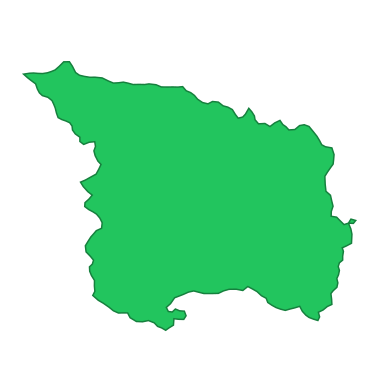 the district of Taquaraçu de Minas, Minas Gerais, Brazil, rotated 267°
{"feature_id": "56859067B12117567262809", "entity_name": "Taquaraçu de Minas", "entity_type": "district", "adm_level": 2, "iso_a3": "BRA", "parent_name": "Brazil", "parent_adm1": "Minas Gerais", "projection": "orthographic", "projection_center": [-43.685, -19.629], "detail": "fine", "context": "isolated", "style": "filled", "palette": "green", "viewbox_px": 384, "rotation_deg": 267, "n_neighbors": 0, "source": "geoboundaries", "source_scale": "gbopen_adm2", "svg_char_len": 2856}
<svg xmlns="http://www.w3.org/2000/svg" viewBox="0 0 384 384"><g transform="rotate(267 192 192)"><path d="M258.9,283.6L256.7,278.3L253.3,273.3L256.6,268.4L256.6,262.0L260.9,258.7L264.7,258.3L269.0,255.9L272.6,253.1L266.9,249.4L264.2,246.6L263.3,242.0L267.1,239.4L272.2,236.6L274.9,232.2L276.4,227.6L280.4,223.0L281.3,217.2L279.2,212.6L280.8,207.2L284.4,202.4L288.3,199.5L291.3,195.9L293.4,191.5L297.7,188.2L297.5,183.4L297.9,178.4L298.1,173.2L298.5,166.9L301.0,161.7L302.2,154.7L301.8,150.3L302.2,145.0L302.4,138.8L304.0,134.0L305.3,129.2L304.9,124.2L304.9,119.2L307.3,114.2L310.6,108.3L311.7,101.2L311.9,96.0L313.1,90.5L314.5,85.7L317.4,82.0L323.7,79.2L328.5,76.4L328.7,70.7L324.2,65.7L321.0,61.6L319.7,57.9L318.6,53.9L318.1,49.0L318.5,44.4L319.1,40.0L319.1,35.9L318.5,30.0L314.8,33.7L311.9,37.0L308.2,41.5L302.9,43.0L299.0,44.8L296.1,47.6L294.1,53.1L290.6,57.0L286.9,58.5L283.1,59.8L277.9,60.8L273.3,62.2L271.2,65.7L269.6,69.6L267.6,73.5L264.1,75.7L260.2,75.9L256.1,78.5L252.6,82.9L248.3,82.7L245.2,86.3L247.1,92.0L247.3,97.5L242.5,98.0L238.2,96.2L233.3,97.2L227.7,99.7L224.3,102.6L220.0,100.3L214.9,97.2L212.0,91.2L209.5,86.1L207.7,81.2L203.1,83.7L197.8,88.0L194.1,92.2L190.3,88.7L187.0,84.6L183.1,84.1L179.9,87.9L177.3,92.2L174.9,95.5L170.8,98.6L166.0,100.7L160.5,99.8L158.4,94.4L155.3,91.5L152.5,88.7L148.6,85.9L143.9,82.7L137.7,83.1L133.4,86.9L129.1,90.1L125.2,88.7L122.6,85.7L118.2,85.7L113.9,87.2L108.8,90.0L103.3,89.6L97.9,89.8L93.9,87.5L88.8,92.7L85.5,97.7L81.3,103.1L77.5,107.3L75.0,112.2L74.9,116.6L74.6,121.4L69.7,123.6L65.6,129.7L65.0,135.8L65.9,141.8L63.3,147.5L59.6,150.6L57.9,154.5L55.3,158.5L57.5,161.9L60.0,166.5L66.4,167.3L65.6,172.0L65.2,177.1L68.7,179.6L73.4,178.1L74.0,173.4L76.0,169.3L73.2,166.0L73.9,162.1L78.1,160.3L81.6,164.7L87.3,169.1L88.9,174.1L90.2,178.0L92.2,183.2L93.1,188.6L91.7,193.0L90.0,198.5L89.6,205.6L89.4,213.0L91.6,218.3L92.9,223.9L92.6,231.1L91.0,237.6L94.7,242.8L92.0,247.3L89.1,251.8L84.8,255.9L82.0,260.5L77.7,261.9L74.7,265.9L72.2,269.9L70.4,274.2L68.9,279.0L70.0,283.7L70.9,288.4L72.2,293.6L67.0,296.0L63.0,299.3L60.6,302.3L58.7,306.6L57.1,311.0L60.6,312.9L65.3,311.9L67.3,316.7L70.6,321.2L72.4,325.8L77.5,325.8L83.3,325.4L86.1,327.9L89.2,331.7L93.6,332.9L98.0,332.1L101.7,334.0L106.0,335.1L109.9,334.1L113.6,335.5L116.1,338.9L120.0,339.1L124.7,340.1L128.4,339.1L130.0,343.2L132.5,348.6L141.5,349.5L146.8,348.7L152.7,346.6L151.5,342.1L156.0,338.0L159.3,335.1L160.5,329.7L165.3,330.1L170.4,332.1L176.1,331.0L181.5,330.1L185.7,325.8L192.9,325.4L200.7,325.5L204.9,328.4L208.9,331.5L212.5,334.4L216.7,335.1L221.9,335.8L228.7,334.0L230.2,327.6L232.4,324.0L236.6,322.1L241.1,319.7L245.6,316.5L251.3,312.3L253.3,307.6L252.7,302.9L249.0,298.0L248.9,292.0L252.3,289.2L254.6,286.2L258.9,283.6ZM152.7,346.6L152.2,351.5L155.0,354.0L156.6,349.3L152.7,346.6Z" fill="#22c55e" stroke="#15803d" stroke-width="1.5"/></g></svg>